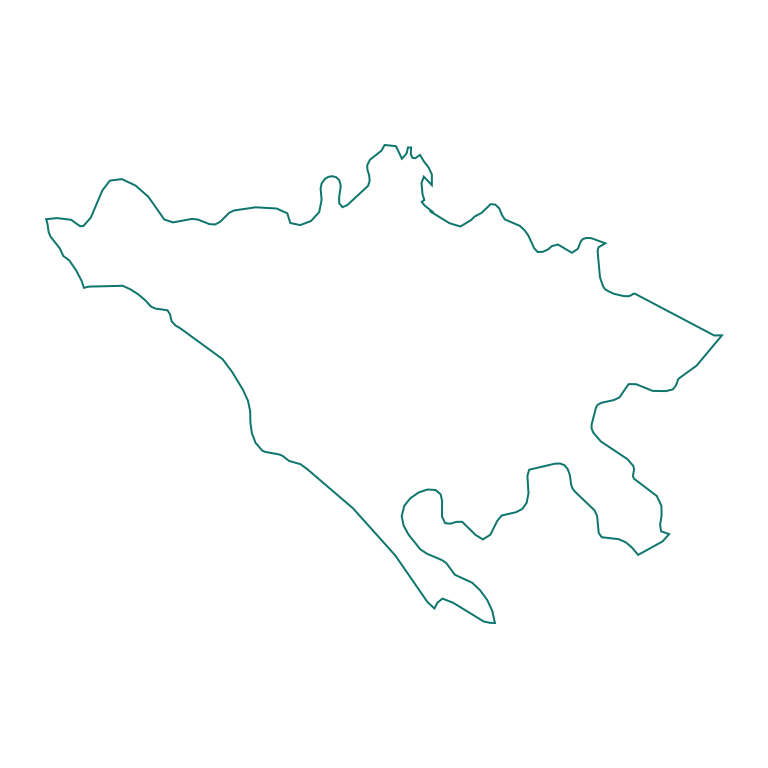 an SVG outline of Roma
{"feature_id": "ITA-5422", "entity_name": "Roma", "entity_type": "Province", "adm_level": 1, "iso_a3": "ITA", "parent_name": "Italy", "parent_adm1": "", "projection": "natural_earth1", "projection_center": [12.606, 41.858], "detail": "fine", "context": "isolated", "style": "outline", "palette": "teal", "viewbox_px": 768, "rotation_deg": 0, "n_neighbors": 0, "source": "natural_earth", "source_scale": "10m", "svg_char_len": 3015}
<svg xmlns="http://www.w3.org/2000/svg" viewBox="0 0 768 768"><path d="M494.9,623.0L489.9,622.8L483.7,621.5L453.2,602.8L442.5,598.6L437.5,602.6L434.4,608.5L427.5,602.1L395.4,555.6L353.0,508.3L307.3,469.2L300.5,464.2L289.0,460.9L282.2,455.6L278.5,454.3L265.6,452.0L262.2,450.6L255.5,442.7L251.9,433.2L250.4,422.6L250.2,411.4L248.0,400.8L243.0,389.9L232.4,372.3L222.6,359.2L180.3,328.3L175.5,325.5L171.6,321.3L170.0,314.3L167.5,310.3L155.2,308.5L151.0,306.6L145.3,300.3L138.2,294.3L130.4,289.3L122.7,285.8L89.2,286.6L83.9,287.8L81.6,280.9L76.1,270.3L69.3,260.4L63.3,256.0L59.9,248.5L50.5,236.6L48.6,231.9L47.4,223.3L46.1,219.2L57.3,218.1L71.1,219.8L80.1,226.2L83.4,226.0L90.8,217.6L102.4,190.4L109.9,180.6L121.8,179.1L135.6,185.6L148.3,196.7L164.3,219.5L173.0,222.4L192.0,218.9L197.8,219.5L209.4,224.1L215.0,224.5L220.2,221.8L229.1,212.9L233.9,210.5L255.6,207.3L276.6,208.5L287.3,213.3L290.3,223.0L300.2,225.1L311.0,221.0L319.2,212.1L321.6,199.8L320.6,188.4L321.7,183.3L325.0,178.8L328.5,176.8L332.5,176.2L336.3,177.3L339.3,180.3L340.8,185.8L339.1,197.5L339.2,203.2L342.5,207.2L347.4,205.0L368.1,185.8L369.7,180.7L369.1,174.9L367.5,170.1L367.2,165.3L370.0,159.7L381.5,150.6L384.6,145.0L396.0,146.2L401.9,158.7L405.8,154.5L407.0,152.2L407.9,147.5L411.1,147.5L410.8,154.2L412.4,157.8L415.4,158.2L420.0,154.9L424.1,161.7L428.7,167.6L431.9,174.7L431.8,185.1L423.8,176.7L421.5,183.0L422.5,194.1L424.3,200.0L421.7,201.8L424.7,205.6L431.8,211.2L429.7,211.1L449.5,223.2L460.4,226.5L471.0,220.1L474.8,216.4L481.6,212.9L490.6,204.2L495.3,204.6L499.3,208.5L501.9,214.9L504.8,219.4L519.9,225.9L524.6,230.3L528.4,235.6L534.2,248.3L537.7,252.0L542.8,251.8L548.1,249.4L551.8,246.1L558.0,244.5L571.9,252.8L577.9,248.8L580.8,241.4L582.8,239.1L586.6,237.9L591.4,238.2L605.3,243.3L598.5,247.3L597.7,250.6L597.7,252.4L599.9,276.6L600.3,278.4L602.9,285.7L603.7,287.3L604.9,289.1L608.3,291.2L613.9,293.8L623.8,296.1L628.3,296.2L631.3,295.3L632.6,294.1L634.7,293.6L714.2,335.5L721.0,335.3L721.9,335.4L696.6,365.6L678.4,378.8L675.9,385.5L672.8,389.4L665.9,391.1L652.7,390.9L636.1,384.2L628.6,384.1L619.4,397.5L613.7,400.1L601.8,402.7L598.8,404.1L597.1,405.5L596.0,407.6L591.7,424.2L591.5,428.1L593.2,432.5L600.9,441.5L627.2,459.0L633.3,465.9L634.1,469.4L632.9,476.1L634.1,478.8L656.8,496.0L661.4,505.7L661.6,515.4L660.1,524.6L661.1,531.3L669.1,534.1L662.6,541.4L638.1,554.9L632.0,547.6L625.8,542.3L618.8,539.2L601.7,537.2L598.7,532.9L597.1,516.0L594.5,510.3L574.5,491.2L572.6,488.6L571.3,485.3L569.8,474.9L567.6,468.9L564.4,465.2L560.1,463.5L554.8,463.7L529.2,469.7L527.4,475.9L528.5,493.3L526.6,502.9L522.3,508.9L516.1,512.2L501.7,515.5L497.3,520.8L490.3,534.8L482.9,539.4L475.6,535.0L462.2,521.8L456.3,521.9L450.2,523.7L445.1,523.1L442.0,516.4L442.1,501.1L440.7,494.4L435.6,490.0L427.4,489.5L418.4,492.6L410.2,498.4L404.3,505.7L401.7,516.2L403.7,525.8L408.6,534.7L420.3,549.3L426.9,553.7L441.9,560.1L446.2,563.0L454.9,574.8L472.1,582.7L480.1,590.3L487.1,599.8L492.3,610.9L494.9,623.0Z" fill="none" stroke="#0f766e" stroke-width="2"/></svg>